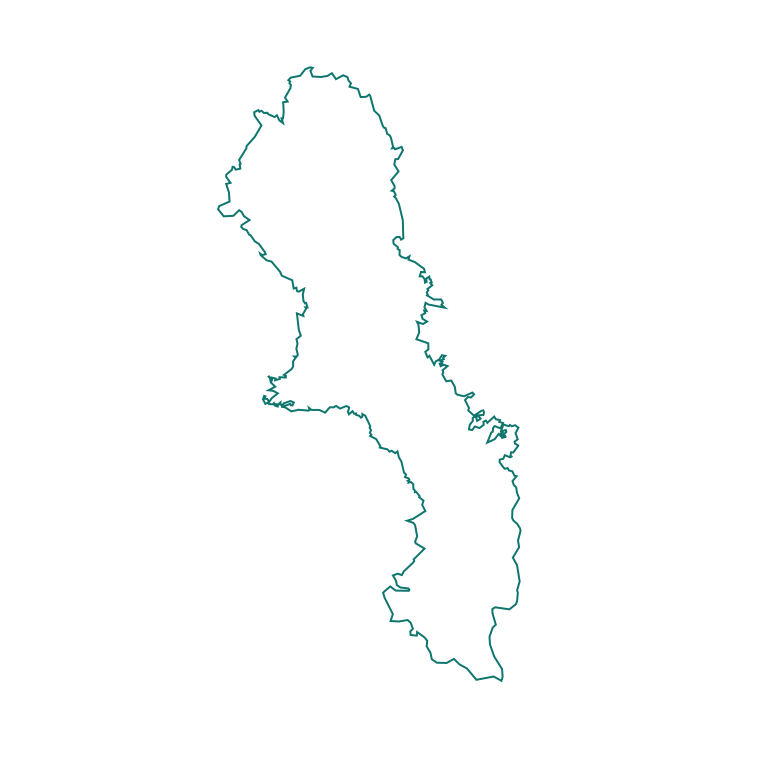 the district of Zagra, Bistrita-Nasaud, Romania, rotated 155°
{"feature_id": "2599482B99708604172426", "entity_name": "Zagra", "entity_type": "district", "adm_level": 2, "iso_a3": "ROU", "parent_name": "Romania", "parent_adm1": "Bistrita-Nasaud", "projection": "mercator", "projection_center": [24.263, 47.416], "detail": "fine", "context": "isolated", "style": "outline", "palette": "teal", "viewbox_px": 768, "rotation_deg": 155, "n_neighbors": 0, "source": "geoboundaries", "source_scale": "gbopen_adm2", "svg_char_len": 6146}
<svg xmlns="http://www.w3.org/2000/svg" viewBox="0 0 768 768"><g transform="rotate(155 384 384)"><path d="M352.7,685.4L352.0,680.7L356.3,682.0L360.0,672.8L363.3,667.4L364.6,668.1L365.3,663.2L367.4,667.0L367.5,672.8L370.4,672.2L375.0,677.7L375.1,679.1L378.3,680.4L379.6,683.4L382.0,683.5L382.1,685.3L386.8,685.2L387.9,681.8L385.8,670.1L396.7,662.6L408.0,657.7L409.3,655.6L420.6,648.3L420.9,644.2L422.1,644.0L423.2,639.9L427.9,641.0L428.1,643.8L429.4,644.8L431.3,642.4L438.4,640.4L439.5,638.5L438.1,631.2L442.5,632.0L443.6,623.0L446.9,614.6L458.2,614.9L460.5,612.5L458.4,603.7L449.4,600.1L441.8,602.7L440.3,600.0L440.0,595.3L436.6,589.4L445.8,588.2L447.0,586.7L446.2,584.1L443.5,581.5L443.1,576.4L442.1,575.4L440.8,567.9L438.3,564.0L436.3,554.5L436.4,551.6L440.1,552.5L441.1,554.5L441.3,552.9L438.1,545.7L434.2,542.5L430.8,529.8L430.8,525.3L423.3,516.8L425.5,508.7L422.7,508.3L423.6,505.1L422.3,503.7L416.1,504.1L419.8,499.4L421.9,493.3L421.5,490.5L420.3,490.4L421.0,485.7L422.9,486.7L422.7,485.2L427.9,481.6L428.3,479.7L433.1,484.8L438.3,469.1L439.0,462.9L444.4,461.6L445.3,457.2L448.5,453.0L449.8,446.8L451.4,445.8L453.7,446.8L453.0,445.1L456.8,442.9L459.0,438.2L461.5,436.6L470.9,434.5L469.5,432.8L470.3,431.4L475.8,434.3L476.3,432.6L481.0,433.4L479.9,434.7L483.0,437.2L483.7,434.9L485.5,433.7L484.7,437.7L485.0,439.4L485.5,439.3L484.9,437.7L485.9,433.2L483.7,427.5L491.3,427.1L487.3,424.6L484.2,420.4L491.7,418.6L495.7,416.2L496.1,419.7L498.7,421.2L496.7,422.9L497.6,423.8L500.2,421.3L499.9,416.1L497.4,416.2L496.7,414.4L493.4,412.6L491.9,413.2L492.1,410.7L489.9,408.5L489.0,409.8L491.3,412.0L488.9,410.2L485.6,411.1L486.7,409.1L484.4,407.8L483.2,408.9L476.0,408.1L473.5,405.4L476.0,403.3L477.3,404.0L477.3,405.6L483.0,406.1L485.7,407.9L486.1,406.3L483.4,404.6L479.5,398.3L472.4,396.8L463.7,391.8L462.5,391.8L462.1,394.1L460.7,391.2L453.4,387.7L449.5,382.9L443.0,385.8L439.5,384.1L436.7,384.4L434.2,380.3L427.7,380.0L425.7,378.1L425.6,377.0L428.5,374.1L428.5,371.3L424.0,372.7L423.6,369.6L421.8,369.1L422.3,367.7L419.9,365.7L419.1,363.2L417.5,363.5L416.3,365.9L414.4,363.2L414.3,351.4L415.5,350.5L415.3,347.5L417.5,345.7L416.9,343.3L418.5,342.7L414.4,337.5L413.6,329.2L414.7,328.2L408.5,323.3L407.6,320.3L405.3,320.3L403.1,316.6L400.3,317.2L401.5,311.4L401.0,306.3L403.3,295.3L402.3,292.7L404.3,290.7L401.6,288.1L401.5,286.4L403.4,286.2L402.6,285.1L403.4,284.2L401.1,283.8L399.8,281.0L401.7,276.5L401.1,274.7L401.7,273.0L400.5,272.9L399.1,267.3L400.0,266.6L397.5,261.6L400.5,258.3L400.2,251.4L414.8,249.5L420.8,250.3L416.0,245.6L415.5,242.9L418.3,232.0L422.5,227.9L422.5,226.1L416.8,217.7L431.2,212.5L431.4,210.8L433.7,209.6L445.1,205.9L448.6,203.3L451.8,206.3L456.8,206.7L456.3,200.7L457.3,196.2L455.1,192.6L448.3,188.4L448.0,186.8L448.9,186.1L460.7,191.8L463.9,197.9L473.0,195.3L473.8,189.8L473.2,171.8L478.2,166.4L470.9,162.5L462.4,160.1L460.7,156.4L461.3,149.9L464.8,148.7L465.9,145.2L460.6,142.1L458.8,145.2L454.6,137.7L453.3,133.2L456.2,128.2L455.5,120.8L457.0,114.3L453.8,109.0L445.1,104.7L436.8,105.3L434.1,98.0L429.0,91.0L425.3,76.9L408.2,72.5L403.0,65.4L400.3,68.4L397.5,75.7L399.3,90.6L398.0,103.3L395.1,110.5L388.3,117.4L384.4,118.6L382.5,130.6L380.9,134.2L377.7,134.7L365.6,126.8L357.8,128.6L355.4,130.6L350.8,138.5L350.6,140.8L344.5,147.7L340.0,163.5L340.6,172.2L330.5,179.0L328.7,185.5L322.4,193.1L321.7,195.6L322.4,201.0L324.4,205.6L324.5,208.4L320.9,215.5L309.8,223.2L309.4,229.5L307.9,234.5L309.0,237.4L308.6,241.7L302.8,244.4L304.5,245.8L304.6,250.7L307.3,252.8L307.5,255.5L310.3,256.1L311.1,258.3L312.3,264.4L311.1,266.6L307.6,265.8L304.5,268.4L300.7,264.2L299.1,264.4L299.6,265.7L297.7,268.4L295.8,267.3L288.8,271.1L288.3,271.6L290.5,274.5L290.0,276.6L286.2,277.3L285.5,283.9L280.6,287.6L282.6,291.2L285.9,291.7L287.3,293.7L288.7,293.0L292.9,296.8L298.3,291.3L297.0,289.5L296.1,291.3L293.0,290.8L293.3,288.9L297.8,287.4L297.9,286.2L296.1,285.8L296.2,284.7L299.7,285.2L298.9,290.0L300.4,288.1L301.1,290.2L307.1,287.2L315.2,287.2L307.2,294.7L305.6,294.8L303.7,298.0L301.5,299.1L297.2,294.6L292.6,298.3L295.6,301.0L294.1,302.3L297.5,304.7L297.9,307.9L306.8,305.1L307.2,307.8L309.9,307.7L310.8,304.9L316.1,303.7L319.5,307.1L323.5,305.0L326.2,306.9L323.5,310.8L319.1,313.0L318.0,315.7L316.1,316.2L314.6,315.0L315.2,311.2L311.1,311.7L311.9,314.7L313.9,315.4L313.7,316.6L307.1,313.9L305.3,315.9L305.2,318.1L307.0,318.5L315.8,317.3L318.8,324.5L317.1,326.4L317.4,335.2L313.4,336.7L310.8,335.0L306.7,336.6L307.5,338.9L316.6,339.0L322.1,343.4L322.9,345.3L321.0,351.6L321.6,358.7L326.4,360.2L327.1,367.9L325.2,369.7L325.1,371.7L318.8,373.4L321.8,376.2L325.1,376.2L324.9,378.8L322.6,377.4L322.9,379.2L321.7,379.5L323.5,381.5L319.3,381.2L319.4,382.7L316.6,383.6L319.3,385.6L323.6,382.9L327.6,382.6L330.4,380.2L330.9,390.3L333.3,389.7L333.0,395.7L329.1,396.7L326.7,402.2L335.7,410.9L330.3,415.9L327.7,423.2L327.8,426.4L323.3,421.9L318.6,422.4L321.5,426.8L321.1,430.5L316.7,430.8L316.5,433.6L314.5,432.2L314.9,436.5L312.0,440.0L310.2,437.3L296.6,427.4L298.5,431.5L296.3,432.6L296.5,436.5L303.1,439.5L307.5,446.1L306.6,446.3L306.5,449.0L304.2,450.3L304.5,451.7L298.5,453.1L299.4,456.0L297.8,456.0L297.5,459.0L298.4,459.5L297.6,462.2L301.2,461.7L302.2,458.6L303.9,458.5L302.9,462.1L303.7,465.4L306.1,466.4L303.1,469.9L299.7,468.0L299.0,471.4L304.4,481.3L309.3,486.4L307.0,489.0L311.1,488.6L314.3,491.7L315.4,494.3L313.2,498.8L314.6,500.6L313.6,502.0L316.0,507.0L314.9,510.4L310.7,511.9L307.7,510.7L307.5,507.6L304.9,507.9L297.7,524.6L294.4,541.0L294.7,547.5L295.6,549.6L293.5,550.4L293.6,554.6L295.3,555.9L291.7,556.9L290.8,558.8L291.3,565.7L281.0,570.5L281.9,578.6L278.7,582.9L276.2,581.9L268.1,587.8L267.8,591.4L274.7,592.0L274.8,593.4L277.1,594.2L275.5,595.2L273.7,603.9L273.7,606.8L275.4,609.4L274.4,615.2L275.6,616.1L276.0,618.8L274.8,629.4L277.4,635.8L274.7,651.2L275.1,652.5L278.7,651.8L283.9,653.9L282.9,662.4L289.6,668.0L286.9,670.5L287.9,674.0L287.4,677.5L290.5,681.0L298.7,680.6L299.9,687.7L304.9,687.1L311.2,688.8L318.8,692.9L318.3,699.0L315.0,700.6L317.0,702.2L322.2,702.6L329.7,698.8L339.0,701.1L342.3,699.8L341.2,698.0L342.6,696.6L342.0,694.4L344.0,691.5L352.7,685.4Z" fill="none" stroke="#0f766e" stroke-width="2"/></g></svg>